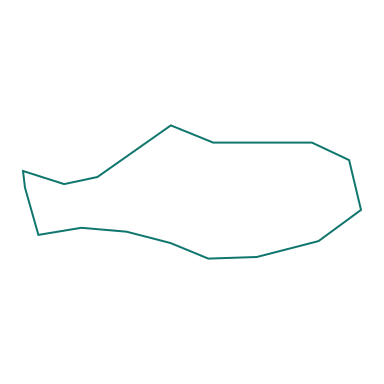 Rotuma, Natural Earth projection
{"feature_id": "FJI-2658", "entity_name": "Rotuma", "entity_type": "Division", "adm_level": 1, "iso_a3": "FJI", "parent_name": "Fiji", "parent_adm1": "", "projection": "natural_earth1", "projection_center": [177.065, -12.496], "detail": "fine", "context": "isolated", "style": "outline", "palette": "teal", "viewbox_px": 384, "rotation_deg": 0, "n_neighbors": 0, "source": "natural_earth", "source_scale": "10m", "svg_char_len": 325}
<svg xmlns="http://www.w3.org/2000/svg" viewBox="0 0 384 384"><path d="M349.1,160.1L361.0,209.9L318.5,241.1L256.7,257.0L208.3,258.6L170.4,243.0L126.6,231.7L81.3,227.8L38.4,234.9L25.0,187.7L23.0,171.0L64.1,184.1L97.4,177.0L170.8,125.4L213.2,142.6L311.9,142.6L349.1,160.1Z" fill="none" stroke="#0f766e" stroke-width="2"/></svg>